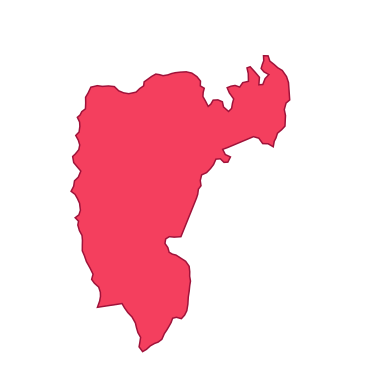 the district of Catanduvas, Santa Catarina, Brazil, rotated 160°
{"feature_id": "56859067B88900604715263", "entity_name": "Catanduvas", "entity_type": "district", "adm_level": 2, "iso_a3": "BRA", "parent_name": "Brazil", "parent_adm1": "Santa Catarina", "projection": "equal_earth", "projection_center": [-51.711, -27.031], "detail": "fine", "context": "isolated", "style": "filled", "palette": "rose", "viewbox_px": 384, "rotation_deg": 160, "n_neighbors": 0, "source": "geoboundaries", "source_scale": "gbopen_adm2", "svg_char_len": 2430}
<svg xmlns="http://www.w3.org/2000/svg" viewBox="0 0 384 384"><g transform="rotate(160 192 192)"><path d="M293.0,58.9L288.6,59.7L283.8,61.7L278.9,62.5L275.2,62.5L270.7,63.9L266.4,68.4L262.7,71.1L259.4,73.8L256.2,76.6L253.4,80.0L249.5,79.6L245.3,76.6L241.1,78.8L237.5,82.2L234.3,87.9L231.4,94.6L228.5,99.9L226.1,104.9L223.9,108.8L223.0,113.7L221.4,117.8L220.1,123.2L221.7,129.1L225.5,134.1L228.6,138.2L231.7,140.3L234.1,143.2L233.7,148.0L235.0,152.9L232.8,156.9L228.6,157.8L224.2,155.7L217.7,153.8L189.9,184.7L187.4,187.9L185.0,192.5L181.4,194.8L180.3,200.0L177.1,204.8L171.7,205.2L166.6,207.7L162.4,210.4L158.3,214.7L154.0,213.5L151.8,208.9L148.1,207.8L143.9,211.8L147.9,215.8L148.6,221.6L143.4,221.6L115.3,223.0L110.8,219.7L109.0,213.3L104.0,211.3L100.2,206.7L97.4,211.5L94.6,214.1L91.6,218.0L86.4,219.9L82.1,222.1L79.6,228.1L78.0,231.8L77.1,237.9L73.2,243.4L68.7,245.1L63.9,261.8L63.7,268.1L65.6,275.3L68.9,279.4L71.2,283.7L74.1,288.4L73.9,293.9L78.2,295.6L79.7,290.8L82.3,287.8L84.8,284.4L83.3,280.3L79.6,276.0L84.5,273.6L88.7,268.8L92.5,269.9L89.4,276.7L91.8,283.2L94.5,289.8L97.9,289.8L98.6,284.1L101.1,276.7L106.9,277.4L111.3,274.3L115.1,277.4L119.2,278.1L123.3,278.0L123.0,272.4L121.0,265.2L123.6,261.6L126.2,257.0L130.1,255.2L133.3,261.1L132.6,266.4L136.1,269.7L140.7,271.1L144.3,268.1L147.5,266.9L148.2,272.6L149.1,278.0L147.4,281.8L145.0,285.3L147.9,288.9L146.1,293.3L147.9,298.7L151.5,303.8L156.3,306.9L161.9,308.6L166.8,309.8L170.6,310.3L174.6,310.3L179.4,311.2L182.6,313.5L185.7,315.2L190.5,314.4L195.0,313.1L199.3,311.9L201.1,308.3L205.7,307.1L210.3,305.0L213.6,305.4L217.8,306.0L222.4,308.6L226.3,312.2L228.9,317.6L234.2,320.2L240.1,321.9L244.6,324.3L251.2,325.1L255.6,320.7L259.6,317.4L261.5,311.9L263.7,306.6L268.1,305.2L270.9,302.6L274.2,301.4L273.7,296.2L274.9,292.1L277.6,287.0L281.9,284.9L281.1,279.5L281.4,274.6L283.9,270.5L288.7,267.6L292.0,266.2L293.1,260.1L291.3,255.1L289.3,249.7L293.8,244.8L298.6,242.7L301.2,237.9L305.4,234.0L302.7,229.8L301.9,225.1L301.5,219.9L303.1,213.0L306.1,209.2L310.6,207.8L308.6,203.4L310.6,200.0L311.0,194.2L310.2,188.8L311.5,184.0L313.3,179.4L315.2,174.3L314.9,169.1L315.0,162.7L313.8,155.3L313.1,148.6L316.2,144.2L314.9,139.6L312.2,134.6L312.4,129.1L313.7,125.2L316.0,121.2L320.3,116.0L295.9,111.1L295.0,106.1L293.5,100.6L291.1,95.1L290.0,88.3L290.6,83.3L290.9,78.3L290.0,73.0L292.5,68.4L294.7,64.6L293.0,58.9Z" fill="#f43f5e" stroke="#9f1239" stroke-width="1.5"/></g></svg>